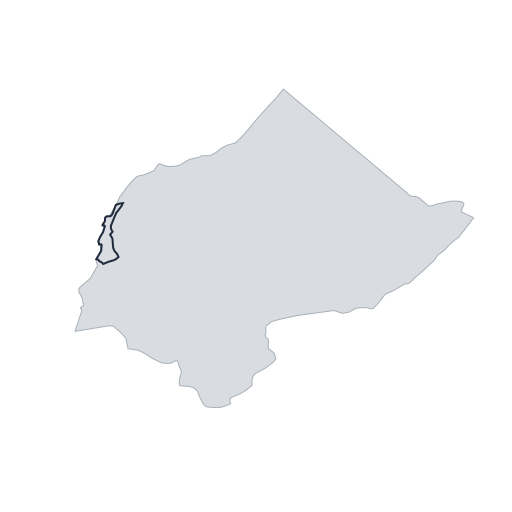 location of Moroto within Uganda, rotated 220°
{"feature_id": "UGA-3127", "entity_name": "Moroto", "entity_type": "District", "adm_level": 1, "iso_a3": "UGA", "parent_name": "Uganda", "parent_adm1": "", "projection": "natural_earth1", "projection_center": [34.678, 2.605], "detail": "fine", "context": "in_parent", "style": "outline", "palette": "slate", "viewbox_px": 512, "rotation_deg": 220, "n_neighbors": 0, "source": "natural_earth", "source_scale": "10m", "svg_char_len": 3226}
<svg xmlns="http://www.w3.org/2000/svg" viewBox="0 0 512 512"><g transform="rotate(220 256 256)"><path d="M342.3,401.4L336.6,401.4L327.2,401.4L317.8,401.4L308.4,401.4L299.0,401.4L289.6,401.4L280.2,401.4L270.8,401.4L261.4,401.4L252.0,401.4L242.6,401.4L233.2,401.4L223.8,401.4L214.4,401.4L205.0,401.4L195.6,401.4L186.2,401.4L180.7,401.4L179.5,401.2L178.8,400.9L175.2,401.7L171.6,404.4L167.7,405.5L163.5,405.1L163.0,405.4L160.9,405.3L157.8,405.1L155.1,405.8L153.0,408.2L150.8,412.2L147.0,416.8L144.0,420.9L141.4,423.8L135.5,428.6L132.3,430.0L130.7,429.8L129.8,428.9L127.9,422.7L126.8,421.8L115.4,424.9L113.7,425.0L113.8,423.1L113.0,408.7L112.9,399.9L114.3,394.3L115.2,388.0L115.3,382.4L117.4,372.8L116.6,367.1L119.3,347.0L120.0,343.8L121.1,334.1L122.8,331.1L124.3,329.9L126.2,324.0L130.0,314.5L132.5,309.6L132.0,298.9L132.4,291.6L133.0,290.0L138.5,287.3L145.7,280.6L148.7,272.7L153.0,267.6L161.3,264.3L185.9,237.2L197.3,222.6L202.3,215.1L202.4,212.4L203.4,208.9L201.4,206.1L199.0,203.6L198.2,201.3L196.2,200.1L193.2,200.2L191.3,198.5L189.1,195.2L186.9,193.1L179.9,193.3L174.6,190.0L174.6,185.4L176.7,176.3L180.8,166.0L181.1,163.2L180.5,160.7L179.5,158.6L177.7,156.6L175.9,154.1L177.3,146.7L179.9,139.4L182.0,135.7L184.0,131.6L183.4,128.3L180.4,126.6L182.0,123.4L185.3,117.9L191.5,112.3L197.0,108.6L200.7,108.6L207.9,111.5L214.3,115.0L217.9,115.2L222.2,113.8L231.1,107.6L233.3,109.5L235.9,113.3L238.7,119.5L244.4,122.3L247.1,124.3L249.0,124.9L250.1,124.4L252.2,119.5L254.8,116.8L259.5,113.5L270.1,110.8L277.6,110.0L280.7,109.4L286.1,107.8L294.5,102.8L302.8,109.3L311.8,110.5L320.5,110.5L323.1,108.5L324.7,107.0L333.8,96.4L346.2,82.0L354.4,102.3L357.3,103.5L356.9,105.2L356.2,106.9L361.6,111.8L368.2,114.4L370.6,116.9L370.8,119.6L368.6,131.4L369.0,134.8L371.1,146.7L375.1,149.3L378.6,161.3L385.7,166.3L386.7,167.8L388.3,173.6L390.5,179.9L392.2,181.4L393.2,181.7L395.3,188.5L394.1,192.2L395.7,203.7L398.4,214.0L399.1,226.2L399.1,231.6L399.0,234.9L398.5,239.6L397.2,242.3L394.9,244.9L392.4,249.0L390.2,253.5L388.9,255.6L389.9,262.3L389.6,264.0L389.1,264.8L385.8,265.8L381.7,267.6L379.3,269.4L375.7,272.7L372.9,276.4L369.2,287.1L362.9,295.4L361.8,298.1L355.9,303.1L353.3,309.2L351.7,316.7L349.4,322.1L344.4,329.5L343.3,341.1L343.4,364.4L342.2,390.9L342.3,401.4Z" fill="#d9dde1" stroke="#a8b0b8" stroke-width="1"/><path d="M376.3,150.7L377.8,159.9L378.3,161.0L380.0,163.2L380.8,164.6L381.3,165.2L382.0,165.4L382.3,165.3L382.9,164.7L383.1,164.6L383.3,164.5L383.5,164.0L383.6,163.9L383.8,164.0L384.0,164.3L384.0,164.5L384.3,164.7L385.7,165.6L386.0,165.6L386.4,166.2L386.6,166.7L387.7,170.6L388.5,175.9L390.7,181.2L391.2,181.8L391.9,181.9L392.4,181.4L392.7,180.9L393.2,180.8L393.7,181.6L394.0,184.7L394.3,185.9L395.8,187.6L396.2,188.6L396.1,190.0L395.3,191.1L394.3,191.8L393.3,192.6L392.8,194.1L393.2,196.6L395.2,202.3L396.2,204.9L394.2,208.5L391.9,210.9L391.1,207.5L390.7,198.9L388.9,193.0L387.3,188.2L386.6,185.9L384.6,183.6L381.5,182.4L381.5,178.6L379.7,178.0L377.2,177.1L374.4,174.2L370.6,170.4L367.6,168.9L363.8,168.3L360.7,166.9L361.1,164.2L362.0,161.7L365.2,156.9L367.9,151.7L369.9,152.0L371.9,151.5L373.1,151.3L374.3,151.8L375.3,151.4L376.2,150.7L376.3,150.7L376.3,150.7Z" fill="none" stroke="#1e293b" stroke-width="2"/></g></svg>